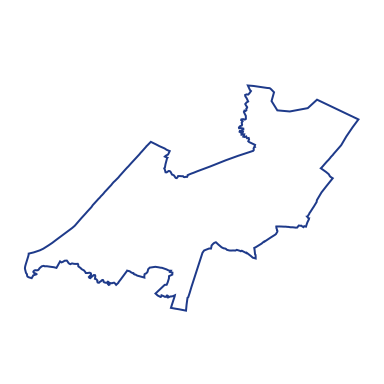 outline of Jonacatepec, Morelos, Mexico, rotated 102°
{"feature_id": "50627088B27637916408907", "entity_name": "Jonacatepec", "entity_type": "district", "adm_level": 2, "iso_a3": "MEX", "parent_name": "Mexico", "parent_adm1": "Morelos", "projection": "robinson", "projection_center": [-98.798, 18.657], "detail": "fine", "context": "isolated", "style": "outline", "palette": "blue", "viewbox_px": 384, "rotation_deg": 102, "n_neighbors": 0, "source": "geoboundaries", "source_scale": "gbopen_adm2", "svg_char_len": 5930}
<svg xmlns="http://www.w3.org/2000/svg" viewBox="0 0 384 384"><g transform="rotate(102 192 192)"><path d="M308.5,335.7L309.0,335.2L309.4,333.7L309.6,330.9L306.5,329.9L304.9,327.1L304.7,327.0L304.2,328.1L304.1,329.5L303.5,330.1L303.3,330.5L303.1,330.6L302.8,330.6L302.2,330.3L302.0,330.2L301.7,330.0L301.4,329.7L301.3,329.4L301.0,328.8L301.0,328.3L300.9,327.7L300.6,326.6L299.7,325.8L298.3,325.3L296.0,323.6L295.1,321.8L295.1,321.3L295.3,320.7L294.8,318.6L294.6,315.4L294.3,311.5L294.4,308.8L292.8,308.3L288.6,307.0L287.3,306.6L288.0,305.1L287.2,303.8L285.7,302.3L285.1,300.2L286.0,299.1L286.9,298.3L287.6,297.2L287.9,296.0L286.8,294.5L286.8,292.3L286.4,290.2L286.0,288.8L286.5,288.3L288.4,287.7L289.5,285.2L290.4,283.9L291.2,281.3L292.4,279.8L293.3,279.1L293.1,277.7L292.2,275.3L292.6,274.0L293.8,273.5L296.6,275.2L297.3,274.5L297.4,273.5L296.5,273.0L293.6,270.7L293.5,269.6L294.3,269.1L297.1,268.9L297.3,267.4L298.3,266.1L299.4,266.0L300.1,265.5L300.2,265.0L300.1,264.1L299.1,263.5L298.1,262.4L297.4,262.1L296.7,261.4L296.7,260.6L297.4,260.1L298.1,259.9L298.6,259.1L298.7,257.7L298.6,256.6L297.2,255.7L297.3,255.0L297.8,254.7L299.6,255.0L300.2,254.1L299.7,253.4L298.1,253.3L297.9,251.3L297.4,250.5L296.9,249.4L297.5,248.2L298.6,246.9L297.3,246.0L296.2,245.2L295.3,245.0L291.8,243.3L291.1,243.0L283.0,239.3L282.6,239.0L282.4,239.0L282.5,236.5L283.2,234.9L283.3,234.8L283.7,232.9L283.5,232.6L283.6,232.3L284.3,231.9L284.4,231.4L284.6,231.1L284.5,230.1L285.1,228.5L285.2,227.7L285.6,220.8L284.6,221.1L282.5,221.3L282.3,221.3L281.7,220.8L281.2,220.0L280.7,219.6L279.3,218.9L276.6,218.8L275.6,218.1L274.8,217.7L272.8,212.3L272.6,209.0L272.6,207.3L272.4,205.6L273.0,200.8L273.7,198.2L273.4,196.3L274.8,196.8L274.9,194.4L276.9,194.1L279.1,197.0L281.3,196.6L285.5,197.0L288.0,197.5L288.5,199.4L298.9,206.6L300.4,204.0L301.2,201.0L300.9,200.5L300.2,200.3L299.4,200.3L299.6,199.0L299.9,197.7L300.2,196.6L299.8,195.5L298.6,195.2L298.4,194.8L298.5,194.3L298.8,193.8L299.7,194.3L300.1,194.1L300.2,193.6L298.7,191.4L298.5,190.6L297.8,188.9L296.6,187.3L297.9,187.3L306.4,188.2L309.7,188.5L309.6,184.2L309.4,180.1L309.3,173.2L303.2,173.9L296.4,174.4L295.7,173.8L291.1,173.3L284.9,172.8L255.9,169.8L249.2,169.1L246.7,168.0L243.7,163.5L243.4,161.7L241.5,161.6L241.2,161.7L240.2,161.7L238.2,160.5L237.2,159.7L236.2,158.2L236.7,157.3L237.7,155.7L239.9,151.6L240.1,151.0L240.5,149.3L240.4,147.9L240.6,147.0L241.3,145.8L241.4,144.0L241.4,143.0L241.1,141.4L240.7,139.9L240.2,137.3L239.3,136.2L239.6,132.6L239.8,131.9L239.1,131.1L240.5,125.9L240.1,125.8L241.3,123.3L242.4,121.0L243.6,118.9L243.8,115.9L242.0,116.3L240.3,116.8L239.9,117.3L239.7,117.4L235.8,118.7L234.2,119.3L233.8,119.5L232.5,117.9L227.9,113.1L226.5,112.1L226.1,111.7L225.4,111.1L225.6,110.9L219.9,105.3L216.7,102.0L215.8,101.2L215.3,101.0L214.3,100.7L212.3,100.0L212.3,99.9L211.8,100.9L211.4,101.0L211.0,101.1L210.4,101.5L210.0,101.8L208.3,102.4L208.2,102.4L207.5,99.1L207.1,96.9L207.0,96.1L206.8,95.0L206.4,92.9L206.3,91.6L206.1,90.6L206.0,88.3L205.5,85.7L205.3,83.1L205.0,82.0L204.9,81.7L202.6,80.6L202.5,79.5L202.5,79.0L202.2,78.1L202.8,76.9L203.2,75.7L202.1,75.1L202.2,74.4L202.2,73.3L201.0,73.2L199.8,73.1L197.6,72.8L195.2,72.2L194.5,72.0L193.7,72.0L193.8,72.2L192.1,74.3L191.9,73.8L190.6,73.4L189.0,72.8L187.9,72.6L186.9,72.1L182.4,70.4L181.2,69.9L175.8,68.0L175.0,68.1L173.9,68.1L165.3,65.2L164.2,64.6L163.7,64.4L161.9,63.5L158.0,61.6L149.3,57.2L148.5,59.3L148.3,59.8L147.7,60.6L146.2,61.9L145.7,62.8L144.5,65.1L142.4,70.0L142.0,70.9L141.2,70.3L141.0,70.2L138.5,68.8L138.1,68.6L134.7,66.7L134.2,66.4L133.2,65.8L132.5,65.3L130.1,64.0L129.5,63.7L129.4,63.7L128.8,63.4L125.9,61.6L125.6,61.6L122.4,59.8L115.2,55.8L105.6,52.6L95.1,48.3L86.4,44.3L75.7,88.9L85.9,96.2L92.9,113.1L94.4,125.5L86.5,133.1L77.4,132.5L75.1,135.9L74.4,137.2L74.3,137.9L74.6,140.1L75.5,154.0L76.2,159.5L80.1,156.6L81.0,155.3L83.8,156.5L85.0,157.3L85.2,159.0L86.1,160.2L87.2,159.8L89.1,157.9L91.8,155.9L93.0,157.2L94.9,158.2L96.1,157.2L97.5,155.7L98.1,155.6L99.0,156.2L100.8,155.8L101.7,156.6L101.5,157.6L102.9,157.9L104.4,156.8L106.3,155.2L109.3,154.5L110.2,155.4L110.1,157.1L110.7,158.8L111.4,158.9L112.3,157.2L113.9,157.8L115.7,157.0L116.6,157.1L117.6,158.6L119.1,159.5L119.8,159.2L119.3,157.2L119.3,155.0L120.1,154.8L122.0,156.8L122.3,157.9L123.2,158.0L123.5,157.2L122.6,154.7L123.7,154.8L124.6,155.8L125.7,155.5L124.8,152.9L125.9,152.9L127.2,153.3L127.3,152.1L126.4,150.5L126.9,150.2L127.6,149.8L128.0,149.3L127.4,147.8L128.7,147.1L130.7,147.5L131.3,146.4L132.8,140.1L134.5,140.3L134.9,139.8L135.6,140.6L136.6,140.8L138.0,140.3L139.0,140.7L140.6,143.4L147.0,154.4L153.9,165.5L163.3,179.6L170.6,191.1L172.9,194.5L174.0,196.3L175.0,197.8L176.3,199.6L176.5,199.5L177.3,199.8L177.9,199.8L178.3,200.0L178.4,201.1L179.0,202.3L179.0,203.3L178.7,203.6L178.4,204.1L178.8,205.8L178.9,207.0L179.1,207.8L179.3,208.9L180.3,209.1L181.6,209.8L181.6,210.9L180.9,211.7L179.6,213.0L179.2,214.3L179.1,215.2L177.4,216.6L176.6,217.3L176.2,218.2L176.3,219.2L178.1,220.9L178.2,222.0L176.1,223.0L174.6,224.1L173.9,223.6L170.3,223.7L163.9,223.4L163.6,223.2L163.0,225.9L162.1,225.3L161.1,224.2L160.3,223.2L159.1,222.9L156.6,222.3L156.1,225.2L155.8,226.1L155.1,227.8L153.9,233.6L153.4,235.3L152.9,237.1L151.5,242.7L155.9,245.5L156.7,246.1L156.9,246.1L163.4,249.8L163.8,250.1L165.7,251.1L165.8,251.1L176.7,257.6L180.6,259.8L181.1,260.2L183.6,261.7L191.3,266.1L193.1,267.0L197.1,269.6L198.6,270.7L200.4,271.7L201.9,272.4L205.0,274.3L206.4,275.1L209.4,276.9L209.6,277.1L212.0,278.3L213.7,279.3L215.0,280.2L215.2,280.3L216.6,281.0L218.2,282.1L219.8,283.0L225.4,286.3L227.8,287.3L232.5,290.1L235.5,291.8L240.6,294.8L249.3,299.6L250.0,300.1L252.2,301.8L267.3,315.1L270.8,318.1L274.0,321.2L278.4,325.7L280.4,328.3L280.7,328.7L284.0,334.3L286.2,338.9L286.5,338.8L288.7,338.8L294.3,339.3L297.5,339.6L299.4,339.7L301.1,339.6L301.6,339.5L302.5,339.1L305.6,337.6L306.7,336.4L308.5,335.7Z" fill="none" stroke="#1e3a8a" stroke-width="2"/></g></svg>